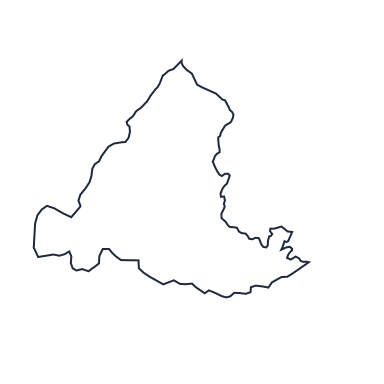 outline of Machang, Kelantan, Malaysia, rotated 22°
{"feature_id": "92858781B41710084977616", "entity_name": "Machang", "entity_type": "district", "adm_level": 2, "iso_a3": "MYS", "parent_name": "Malaysia", "parent_adm1": "Kelantan", "projection": "mercator", "projection_center": [102.272, 5.773], "detail": "fine", "context": "isolated", "style": "outline", "palette": "slate", "viewbox_px": 384, "rotation_deg": 22, "n_neighbors": 0, "source": "geoboundaries", "source_scale": "gbopen_adm2", "svg_char_len": 2545}
<svg xmlns="http://www.w3.org/2000/svg" viewBox="0 0 384 384"><g transform="rotate(22 192 192)"><path d="M133.2,74.1L128.7,85.0L124.9,88.3L122.0,94.1L121.3,94.8L121.4,104.0L120.8,107.8L119.6,110.5L119.0,112.9L117.4,118.5L117.1,121.3L116.3,125.0L113.3,132.7L112.0,134.8L110.8,136.6L109.8,138.5L109.2,142.5L108.4,144.8L107.1,146.8L106.3,148.7L105.1,151.5L106.9,153.8L109.6,154.8L112.0,159.6L112.9,165.4L111.5,170.6L107.7,172.5L101.4,176.4L97.6,181.2L94.7,192.6L94.3,198.4L91.4,202.7L90.9,208.0L92.8,215.1L93.3,221.4L91.9,228.5L89.5,236.2L89.9,242.4L93.8,246.7L93.8,247.7L89.5,260.6L80.4,260.1L70.3,258.7L62.7,259.2L59.3,264.4L57.4,271.6L58.4,280.2L64.9,299.3L65.1,299.8L66.0,302.7L73.7,309.9L87.1,301.8L92.8,300.8L97.1,297.5L100.5,293.1L104.3,297.0L106.2,303.2L110.0,307.5L114.4,308.0L119.1,304.6L125.8,304.2L127.8,300.8L129.7,297.9L132.5,293.1L130.1,286.0L130.6,278.3L136.4,275.9L140.7,278.3L145.5,280.2L151.7,281.7L157.0,279.7L168.0,275.4L171.3,282.6L177.5,285.0L184.2,286.4L200.0,288.4L208.2,280.7L215.3,281.7L221.1,279.7L226.3,276.9L231.1,278.8L241.7,281.2L244.5,276.9L252.2,276.9L258.4,277.4L263.2,276.9L266.5,274.5L268.9,269.7L274.2,267.8L279.9,266.3L283.2,263.5L283.8,263.0L282.3,258.2L286.2,254.9L293.8,252.9L298.6,252.0L300.0,245.8L306.8,237.3L312.1,234.9L315.7,230.0L326.6,213.3L323.9,213.8L321.7,215.0L318.6,215.2L316.0,213.4L312.3,213.0L310.7,215.2L308.8,217.7L304.8,217.5L304.7,214.0L305.6,210.5L306.6,208.9L306.0,207.0L303.1,206.2L300.1,208.1L296.4,212.0L296.6,209.1L296.4,205.6L296.2,203.0L298.2,203.0L299.6,201.5L299.8,191.5L295.4,192.8L290.7,191.3L288.0,190.5L281.9,195.2L278.4,196.6L279.0,199.1L282.1,200.9L281.7,203.0L280.1,204.4L280.9,209.3L282.3,213.2L281.5,215.6L278.6,216.2L275.4,214.2L273.5,211.9L271.1,209.7L268.0,210.7L265.6,213.2L262.7,214.0L260.2,212.0L257.4,210.5L253.3,211.5L250.4,211.1L247.0,208.3L243.7,209.1L240.2,210.3L237.6,209.3L234.3,207.0L229.2,205.2L227.4,201.1L227.8,196.2L227.8,193.2L226.0,191.1L225.7,187.5L223.5,184.2L220.6,185.6L219.0,182.6L219.0,177.7L219.8,174.2L221.3,171.1L221.1,166.8L220.8,162.5L218.6,161.5L215.7,162.8L213.7,166.0L210.8,165.6L207.0,162.8L204.1,160.3L199.8,156.0L200.0,153.2L199.8,150.3L200.8,147.2L202.7,144.8L201.5,141.9L199.6,139.3L197.0,134.2L195.9,131.5L197.0,129.7L196.6,125.8L197.8,118.3L199.0,116.4L201.0,114.0L201.9,112.3L202.1,108.3L201.5,104.8L199.4,102.9L196.6,101.9L193.9,99.3L188.3,94.6L185.6,94.9L177.6,91.8L170.8,91.5L162.3,91.2L156.5,90.6L152.2,86.6L147.6,82.3L141.4,80.8L136.2,78.4L133.8,75.9L133.2,74.1Z" fill="none" stroke="#1e293b" stroke-width="2"/></g></svg>